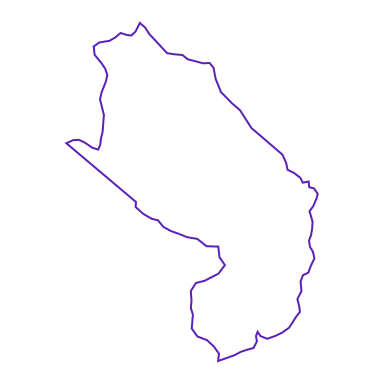 the district of Nerópolis, Goiás, Brazil
{"feature_id": "56859067B33063676533172", "entity_name": "Nerópolis", "entity_type": "district", "adm_level": 2, "iso_a3": "BRA", "parent_name": "Brazil", "parent_adm1": "Goiás", "projection": "albers", "projection_center": [-49.185, -16.43], "detail": "fine", "context": "isolated", "style": "outline", "palette": "violet", "viewbox_px": 384, "rotation_deg": 0, "n_neighbors": 0, "source": "geoboundaries", "source_scale": "gbopen_adm2", "svg_char_len": 1491}
<svg xmlns="http://www.w3.org/2000/svg" viewBox="0 0 384 384"><path d="M194.5,61.0L187.9,59.4L182.4,55.0L174.4,54.3L167.1,53.2L149.1,33.8L145.1,27.5L139.8,23.0L135.5,31.6L131.3,35.5L127.0,35.0L120.6,33.0L114.9,37.7L109.3,40.9L104.4,41.6L99.2,42.5L93.7,46.5L94.6,54.8L101.6,63.3L105.2,68.7L107.3,75.0L106.1,80.8L104.5,85.0L101.6,92.3L100.0,99.3L101.8,106.5L103.9,115.0L102.6,131.8L100.9,138.9L100.3,144.5L98.2,149.6L92.3,147.7L84.8,142.6L79.1,139.9L73.4,140.1L66.3,143.2L136.0,202.0L135.6,207.0L143.0,213.7L151.7,218.8L158.0,220.3L163.4,226.9L170.8,231.0L178.7,233.8L187.2,237.2L197.3,238.9L206.5,246.2L218.3,246.6L219.5,257.3L224.9,265.1L218.4,273.7L204.5,280.8L195.9,283.0L190.8,291.0L191.5,301.3L190.8,307.9L192.9,314.7L192.2,323.2L191.7,328.4L197.3,336.4L207.1,340.2L213.9,346.6L219.0,353.7L218.1,361.0L228.1,357.5L234.5,355.2L240.6,351.9L246.9,349.8L253.5,348.0L256.9,341.5L256.0,336.1L257.6,331.8L260.5,336.1L267.2,338.8L275.4,335.9L282.4,332.5L289.2,327.6L293.4,321.1L296.4,316.3L299.9,312.0L299.3,306.6L297.4,299.1L301.4,291.2L300.6,281.6L302.9,275.2L308.3,272.7L310.5,266.6L314.4,258.4L312.9,251.7L310.0,246.9L309.0,240.5L311.1,235.0L312.1,228.8L312.6,222.0L311.0,216.2L309.5,211.3L313.3,206.1L316.6,198.3L317.7,193.8L314.0,188.4L309.2,187.2L308.6,181.5L302.8,182.7L300.4,177.9L293.8,172.8L287.6,169.8L286.2,163.1L282.5,154.7L251.3,127.9L240.1,110.3L232.2,103.5L220.9,92.0L215.6,78.7L213.5,67.7L209.6,63.0L202.9,63.3L194.5,61.0Z" fill="none" stroke="#5b21b6" stroke-width="2"/></svg>